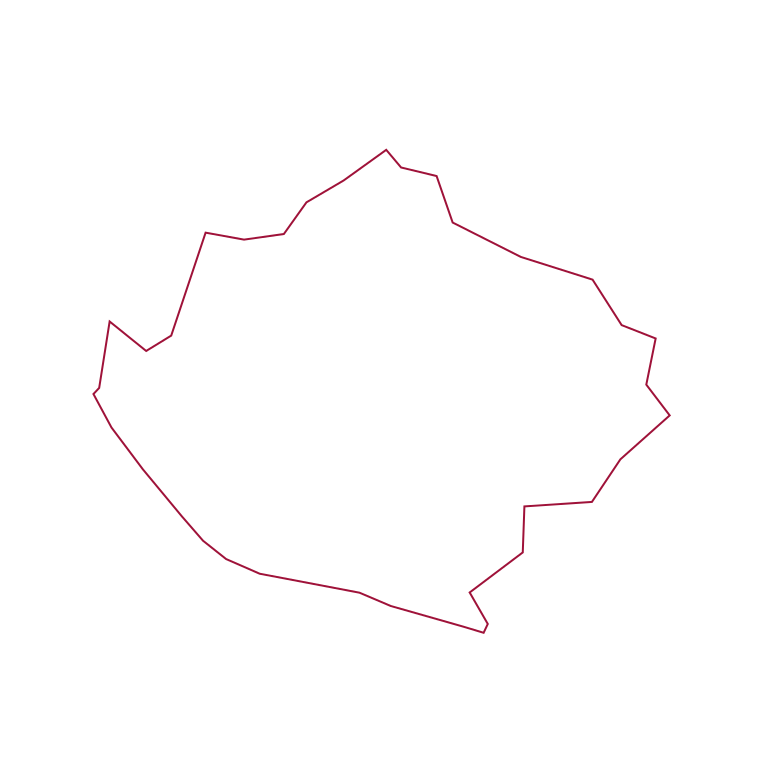 Yangiarik, Khorezm, Uzbekistan (Mercator projection), rotated 20°
{"feature_id": "79887680B98987238414073", "entity_name": "Yangiarik", "entity_type": "district", "adm_level": 2, "iso_a3": "UZB", "parent_name": "Uzbekistan", "parent_adm1": "Khorezm", "projection": "mercator", "projection_center": [60.528, 41.31], "detail": "fine", "context": "isolated", "style": "outline", "palette": "rose", "viewbox_px": 768, "rotation_deg": 20, "n_neighbors": 0, "source": "geoboundaries", "source_scale": "gbopen_adm2", "svg_char_len": 609}
<svg xmlns="http://www.w3.org/2000/svg" viewBox="0 0 768 768"><g transform="rotate(20 384 384)"><path d="M114.4,492.8L142.8,518.1L186.5,546.6L239.3,577.5L267.6,593.2L295.5,602.5L332.1,604.8L432.3,588.5L466.3,590.3L541.4,584.9L562.7,583.7L563.6,574.0L535.8,550.6L572.0,494.8L557.8,451.0L619.7,423.7L631.9,373.9L663.2,315.8L630.7,294.9L623.7,248.3L587.2,247.4L544.3,214.6L469.1,217.8L393.3,208.8L362.3,170.6L326.0,174.7L306.0,163.2L276.5,206.5L249.0,239.8L238.6,277.3L203.1,296.2L164.6,302.8L167.5,411.3L149.2,434.3L104.8,419.1L117.7,485.1L114.4,492.8Z" fill="none" stroke="#9f1239" stroke-width="2"/></g></svg>